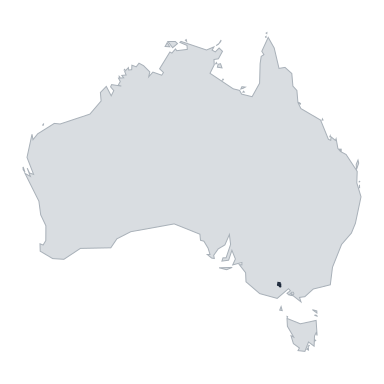 Ballarat, Victoria, Australia (highlighted)
{"feature_id": "25037944B10145309156113", "entity_name": "Ballarat", "entity_type": "district", "adm_level": 2, "iso_a3": "AUS", "parent_name": "Australia", "parent_adm1": "Victoria", "projection": "mercator", "projection_center": [143.86, -37.519], "detail": "fine", "context": "in_parent", "style": "filled", "palette": "slate", "viewbox_px": 384, "rotation_deg": 0, "n_neighbors": 0, "source": "geoboundaries", "source_scale": "gbopen_adm2", "svg_char_len": 4444}
<svg xmlns="http://www.w3.org/2000/svg" viewBox="0 0 384 384"><path d="M274.2,48.0L279.0,68.4L285.0,67.4L291.8,73.5L292.9,86.1L296.9,90.5L297.9,102.4L300.9,108.6L320.6,120.1L328.4,139.3L330.7,140.3L331.1,136.9L335.4,140.4L336.1,138.7L337.9,148.5L340.5,151.5L346.1,154.5L357.2,171.4L356.8,182.9L361.0,196.8L355.4,223.3L351.4,233.1L341.6,244.4L332.5,267.2L330.3,284.8L313.3,289.0L304.8,296.7L299.5,297.4L301.0,301.9L292.7,295.4L293.9,293.9L293.3,292.3L291.8,292.2L289.0,295.0L287.0,293.3L290.4,290.7L288.5,288.7L277.2,298.4L259.7,293.6L246.0,281.8L245.6,272.7L239.3,264.6L241.9,264.9L241.9,262.5L232.7,264.9L235.4,259.0L231.9,250.3L228.6,260.2L221.9,261.1L223.0,257.8L226.1,257.8L230.6,244.4L229.4,234.5L224.9,244.9L218.2,248.9L213.7,255.3L214.3,258.5L211.7,258.1L207.3,254.5L210.0,254.5L208.1,248.2L203.9,241.2L200.5,240.3L199.9,234.2L174.2,223.9L130.8,231.7L116.9,238.8L110.8,247.8L80.4,248.4L63.9,259.3L52.7,258.6L40.2,251.2L40.0,243.8L43.1,245.0L45.8,240.6L45.9,225.8L40.7,214.8L38.9,201.2L25.0,173.4L30.4,176.4L27.2,168.1L29.5,173.0L33.6,174.4L27.0,157.4L32.0,134.3L33.0,139.7L37.7,133.8L54.3,123.4L60.1,124.0L89.9,114.1L101.1,101.0L100.4,92.5L106.3,86.4L111.2,95.8L113.8,90.6L110.6,86.9L111.6,84.6L121.3,86.1L118.2,85.2L120.3,81.5L118.5,78.2L123.7,77.8L121.8,75.4L126.1,75.0L124.7,71.5L128.4,67.6L128.7,70.0L131.7,69.7L131.9,65.2L136.2,66.8L139.0,63.2L143.6,65.7L149.8,71.9L148.7,76.8L152.9,72.1L161.7,75.2L163.5,72.5L159.6,68.8L169.9,52.0L171.9,53.1L175.5,48.9L176.7,50.7L187.3,49.4L187.0,45.4L179.9,42.4L181.0,41.4L206.5,50.0L213.9,46.9L212.1,50.1L215.3,51.9L219.1,48.0L222.5,51.3L218.4,58.8L214.0,59.5L214.2,64.9L210.0,73.3L233.2,88.8L239.6,90.4L241.6,94.1L252.1,96.7L259.6,83.2L260.1,63.7L261.2,56.4L263.9,54.6L261.8,51.3L268.2,37.4L274.2,48.0ZM287.0,318.4L300.3,323.8L316.1,320.4L317.1,335.5L316.1,332.8L314.5,336.0L314.1,346.2L308.5,342.0L304.9,351.4L298.0,350.6L299.4,348.0L293.4,343.6L291.0,335.7L293.7,337.1L287.4,326.3L287.0,318.4ZM167.9,41.5L175.3,41.5L177.5,43.6L172.6,47.7L167.9,41.5ZM219.1,267.8L232.2,267.4L226.6,269.7L219.1,267.8ZM220.5,63.7L222.0,67.9L217.4,67.2L218.1,64.3L220.5,63.7ZM356.5,169.5L356.2,164.3L358.0,160.1L358.7,163.1L356.5,169.5ZM312.4,309.7L316.8,310.9L316.9,313.0L312.4,309.7ZM167.2,42.7L169.8,46.8L165.1,46.5L167.2,42.7ZM282.2,310.6L279.7,310.1L281.1,306.6L282.2,310.6ZM245.3,87.1L243.1,88.3L240.8,89.0L241.9,86.7L245.3,87.1ZM25.0,172.3L23.2,169.8L23.0,167.4L23.3,167.3L25.0,172.3ZM315.9,315.0L317.6,316.4L314.4,315.2L315.9,315.0ZM339.5,149.2L341.2,149.2L341.2,151.4L339.5,149.2ZM298.5,102.2L300.5,103.5L300.2,104.2L298.5,102.2ZM308.3,347.6L308.5,350.1L306.9,349.3L308.3,347.6ZM359.5,184.8L359.6,187.7L359.4,187.7L359.5,184.8ZM186.6,41.3L185.4,40.2L186.2,39.6L186.6,41.3ZM220.7,41.5L219.0,43.6L221.1,40.0L220.7,41.5ZM359.7,181.4L358.9,182.3L359.4,181.3L359.7,181.4ZM223.4,79.7L222.4,80.1L223.0,79.1L223.4,79.7ZM216.9,63.6L215.6,63.8L216.4,62.5L216.9,63.6ZM43.7,123.5L43.3,125.2L42.7,125.1L43.7,123.5ZM266.1,36.4L266.0,37.9L265.5,36.8L266.1,36.4ZM291.8,293.1L292.2,294.2L291.7,293.8L291.8,293.1ZM218.5,44.2L216.1,45.6L218.6,43.8L218.5,44.2ZM124.8,69.5L123.9,70.5L124.5,69.3L124.8,69.5ZM309.3,345.7L308.4,346.2L308.9,345.3L309.3,345.7ZM244.3,92.1L242.9,92.1L243.6,91.2L244.3,92.1ZM119.9,77.1L119.2,77.6L119.2,76.3L119.9,77.1ZM315.7,340.5L314.5,341.2L314.9,339.8L315.7,340.5ZM266.9,32.6L266.8,33.6L266.1,33.1L266.9,32.6ZM291.2,294.6L292.3,295.6L290.4,295.3L291.2,294.6ZM323.0,120.0L322.1,120.1L322.4,118.9L323.0,120.0ZM330.3,136.7L329.8,136.7L330.2,135.8L330.3,136.7ZM287.6,316.6L287.3,317.5L287.0,316.4L287.6,316.6Z" fill="#d9dde1" stroke="#a8b0b8" stroke-width="1"/><path d="M280.5,284.2L280.4,284.2L279.9,284.1L279.9,283.8L279.8,283.7L279.8,283.4L279.9,283.2L280.0,282.9L279.7,282.8L279.3,282.8L279.1,282.8L279.0,282.7L278.9,282.7L278.1,282.6L278.1,283.1L278.0,283.4L278.0,283.5L277.9,283.8L277.9,284.0L277.8,284.5L277.7,284.7L277.7,284.8L277.8,284.8L277.9,284.7L277.9,284.8L278.0,284.8L278.3,284.9L278.2,285.2L278.3,285.2L278.5,285.1L278.8,285.3L279.0,285.4L279.0,285.5L279.4,285.6L279.5,285.6L279.7,285.8L279.7,286.0L279.7,286.3L279.8,286.3L279.8,286.2L279.8,286.3L279.9,286.5L279.9,286.4L279.9,286.5L280.0,286.5L280.3,286.7L280.5,286.7L280.6,286.3L280.5,286.2L280.4,286.2L280.5,286.1L280.4,286.0L280.3,285.9L280.3,285.7L280.2,285.7L280.3,285.4L280.2,285.4L280.3,285.4L280.5,285.3L280.5,285.2L280.6,284.9L280.5,284.7L280.5,284.4L280.5,284.2Z" fill="#64748b" stroke="#1e293b" stroke-width="1.5"/></svg>